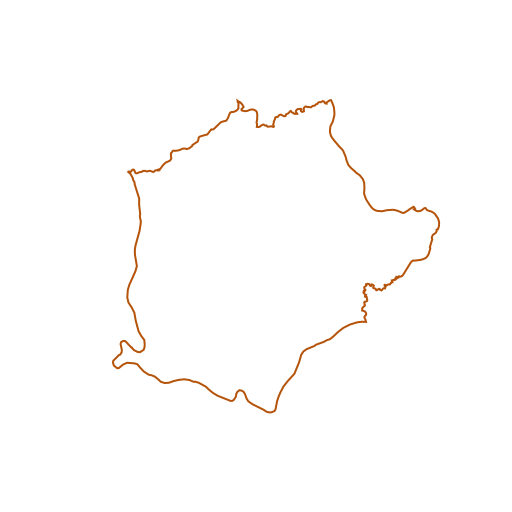 the district of Kossi, Kossi, Burkina Faso, rotated 241°
{"feature_id": "67063806B77397496256894", "entity_name": "Kossi", "entity_type": "district", "adm_level": 2, "iso_a3": "BFA", "parent_name": "Burkina Faso", "parent_adm1": "Kossi", "projection": "albers", "projection_center": [-3.794, 12.935], "detail": "fine", "context": "isolated", "style": "outline", "palette": "amber", "viewbox_px": 512, "rotation_deg": 241, "n_neighbors": 0, "source": "geoboundaries", "source_scale": "gbopen_adm2", "svg_char_len": 6138}
<svg xmlns="http://www.w3.org/2000/svg" viewBox="0 0 512 512"><g transform="rotate(241 256 256)"><path d="M400.6,315.1L399.2,314.6L398.5,315.0L398.0,314.8L395.5,313.1L394.4,312.7L393.5,312.0L392.9,310.6L392.6,308.8L392.9,306.2L393.9,304.1L393.8,302.8L393.1,301.7L390.6,298.8L389.4,296.9L388.8,295.5L389.7,292.2L390.0,289.8L387.4,280.3L387.9,278.9L388.4,278.4L387.8,276.7L385.9,272.4L387.4,266.3L387.7,264.3L387.0,262.9L385.8,262.1L384.4,260.5L383.9,254.2L383.1,253.5L382.6,249.7L383.1,247.3L384.6,245.7L385.5,243.8L385.6,241.4L386.1,238.9L387.4,235.8L387.9,235.4L388.3,234.3L388.1,233.7L387.4,232.7L387.1,231.6L386.4,230.9L382.2,229.1L381.1,226.9L381.5,222.3L380.5,218.6L379.0,215.4L378.6,214.3L379.1,211.5L378.2,212.0L378.3,211.7L379.3,210.5L379.7,209.3L379.3,208.3L379.3,206.8L381.9,204.6L382.3,203.7L382.8,201.6L384.3,200.2L385.2,198.4L385.0,196.9L385.8,194.6L386.0,192.4L386.1,191.8L386.6,191.1L387.2,190.8L390.3,191.1L391.2,190.5L391.3,189.4L390.4,187.6L390.4,187.3L391.7,185.4L391.5,185.0L388.5,186.0L383.6,186.0L382.4,185.4L379.5,185.5L377.3,184.6L363.0,181.7L357.4,178.6L348.7,175.0L347.6,174.0L345.3,173.0L342.4,172.2L340.2,170.8L334.4,166.3L323.8,155.9L320.6,153.3L316.0,150.8L304.9,146.9L301.1,143.1L292.1,131.1L288.4,127.4L282.1,123.3L277.2,121.9L270.9,122.3L265.4,122.1L257.8,119.5L247.1,116.8L241.5,116.9L236.7,117.6L232.3,115.6L230.3,114.3L228.4,112.2L228.1,107.9L229.5,105.9L233.1,103.5L236.2,103.0L236.2,102.7L244.9,100.4L246.1,98.8L246.1,96.3L244.7,94.9L238.8,93.1L236.8,91.7L235.6,89.4L235.8,88.1L233.6,80.4L231.9,79.1L229.0,78.6L225.1,80.2L224.5,81.7L225.5,87.2L225.1,91.5L220.9,97.8L218.7,99.8L214.3,100.6L209.3,101.9L204.2,104.6L202.6,106.6L199.5,109.1L194.6,111.0L192.2,111.7L189.1,114.6L187.3,118.6L186.6,123.0L185.2,128.1L183.0,133.4L179.7,137.8L178.5,138.6L176.2,140.5L175.5,142.0L172.7,144.6L166.0,148.8L161.8,150.1L157.5,151.8L152.5,154.6L141.6,163.5L140.8,165.0L140.9,166.7L142.7,170.2L144.8,171.8L146.1,173.6L146.7,176.3L145.2,178.2L143.5,179.2L140.3,179.4L136.1,178.7L132.7,178.8L127.8,181.2L117.7,188.2L114.8,189.6L113.2,191.2L111.9,193.4L111.4,197.0L112.6,198.9L118.6,203.9L121.7,207.2L124.8,211.1L128.5,216.7L131.4,223.6L134.4,232.5L142.1,242.1L147.8,247.8L149.5,251.2L150.0,255.1L149.0,263.1L149.3,265.7L148.0,273.6L148.1,276.8L147.4,280.3L148.1,284.5L149.7,290.6L150.8,297.6L150.5,305.0L149.0,312.1L147.1,316.9L145.0,320.3L147.4,320.9L148.9,320.9L149.9,321.1L150.8,322.2L150.9,323.3L151.7,324.2L152.1,324.4L153.2,324.6L154.4,324.5L156.4,323.0L156.9,322.4L157.4,322.9L158.5,323.3L159.3,324.5L159.7,326.8L160.2,327.5L161.3,327.5L162.1,328.0L162.9,328.1L163.1,328.3L163.2,329.2L162.8,330.2L162.9,331.5L163.4,331.9L166.9,333.0L167.3,332.7L167.3,331.8L167.6,331.6L168.0,331.9L168.3,332.8L168.7,333.3L169.1,332.5L170.7,332.5L171.7,332.2L172.3,332.5L172.1,333.6L172.3,333.8L173.0,333.5L173.3,333.6L173.1,335.2L173.3,335.3L174.8,335.0L176.0,335.4L176.3,335.6L176.5,337.6L176.8,338.4L177.1,338.6L177.7,338.4L178.0,338.6L177.5,340.3L176.3,341.6L175.4,341.3L174.7,341.4L174.0,342.0L175.0,343.5L174.8,343.8L173.0,344.7L171.8,343.3L171.1,343.1L169.4,344.7L168.1,344.5L167.5,345.0L167.5,346.0L167.7,346.6L167.6,347.8L167.4,348.1L166.6,348.0L165.0,349.1L165.8,351.1L165.9,352.0L165.1,353.1L166.4,354.5L167.3,354.0L168.1,354.2L168.4,354.5L168.1,355.1L166.9,356.1L167.0,358.0L166.2,359.4L166.7,360.1L166.8,360.9L167.2,361.2L167.3,362.2L166.9,362.7L168.2,363.4L168.5,363.0L168.8,363.0L168.3,365.1L167.8,365.6L167.7,366.6L167.9,366.9L168.4,366.6L169.0,367.2L169.0,367.7L168.7,368.0L168.1,368.0L168.2,368.5L169.2,368.4L169.7,368.7L169.5,369.0L168.9,369.1L168.1,369.8L168.0,370.3L168.2,370.5L168.6,370.3L168.9,370.5L169.0,371.0L168.6,371.7L167.9,372.3L167.7,373.3L167.8,374.4L168.3,375.7L175.3,388.2L175.8,389.7L175.9,390.6L175.7,391.6L175.0,392.6L172.9,397.9L172.3,400.1L172.0,403.2L172.1,404.2L173.1,406.5L174.3,408.3L178.3,412.3L179.4,412.3L185.2,418.3L186.3,418.4L187.3,419.0L188.7,420.9L189.0,423.9L189.3,424.7L190.2,426.1L191.5,426.7L191.2,428.1L193.3,430.4L196.5,432.4L198.1,432.9L200.6,433.4L206.0,432.9L208.0,432.1L210.0,430.8L212.7,428.2L213.7,427.7L215.6,427.6L215.8,427.4L216.1,426.9L216.2,426.3L215.7,423.3L215.8,421.3L216.8,419.0L217.6,418.3L218.9,417.4L220.2,416.8L220.2,418.0L221.6,418.0L222.4,417.8L222.7,417.6L222.7,416.5L222.5,415.7L222.6,413.8L222.1,410.7L222.0,406.4L222.2,405.7L223.5,404.3L224.5,403.7L226.6,402.0L229.1,399.5L230.3,397.7L232.7,392.4L233.9,388.3L235.1,386.2L237.1,383.4L238.7,382.2L240.6,381.1L243.1,380.5L246.3,380.1L251.5,379.8L252.7,379.8L256.9,380.5L258.2,380.8L262.6,383.6L267.1,385.9L268.0,386.2L271.6,386.7L276.3,385.9L280.2,384.0L282.1,383.5L287.1,381.7L290.8,380.9L295.4,381.5L299.4,382.5L305.5,383.2L307.5,383.0L310.9,382.0L318.3,380.5L321.6,380.0L324.2,379.8L325.2,379.9L328.3,380.7L330.2,381.7L333.4,384.0L336.3,388.3L341.0,392.7L343.8,394.3L348.3,396.2L353.1,397.0L355.9,397.2L356.2,396.7L356.4,395.9L356.1,392.9L355.8,392.2L355.0,391.6L355.9,390.6L356.6,390.4L356.7,390.6L357.6,390.6L359.1,389.6L359.1,387.3L359.9,386.0L360.0,384.6L359.3,383.5L359.6,382.0L359.0,380.3L359.8,378.4L359.4,376.1L360.9,374.1L361.4,373.1L362.5,372.3L362.7,372.0L362.7,370.8L362.3,369.7L361.8,369.2L359.3,368.1L359.6,366.3L360.8,365.6L361.4,365.6L362.3,366.8L363.0,366.6L364.2,364.0L364.2,362.4L363.1,360.9L362.7,360.7L361.9,360.6L360.9,361.1L360.3,361.0L360.4,360.7L361.1,360.1L361.3,359.0L362.5,358.0L363.1,357.9L364.3,357.0L366.0,356.8L366.1,356.1L365.3,353.9L365.1,353.0L365.4,351.2L365.0,350.5L364.2,349.9L364.2,349.2L364.7,348.2L367.7,346.2L367.9,345.3L367.8,343.8L367.2,342.8L367.2,342.2L367.8,340.8L367.8,340.0L366.7,339.2L365.0,336.8L363.8,336.0L363.1,335.2L362.7,334.8L360.7,334.5L360.4,334.1L360.4,333.8L362.0,332.3L363.2,329.3L363.6,328.8L364.1,328.5L365.1,328.5L365.5,327.4L365.9,327.0L367.1,326.5L367.5,326.1L367.6,323.6L367.3,322.6L367.3,321.6L367.5,320.9L368.5,319.3L370.5,320.7L372.5,321.2L375.0,323.3L379.3,325.8L381.6,326.5L382.7,326.4L384.4,325.5L385.7,324.3L386.8,321.9L387.1,318.9L387.8,316.9L389.5,314.8L390.3,314.1L391.1,314.2L391.6,314.8L392.2,317.2L392.8,317.5L395.3,317.4L398.1,316.7L400.1,315.3L400.6,315.1Z" fill="none" stroke="#b45309" stroke-width="2"/></g></svg>